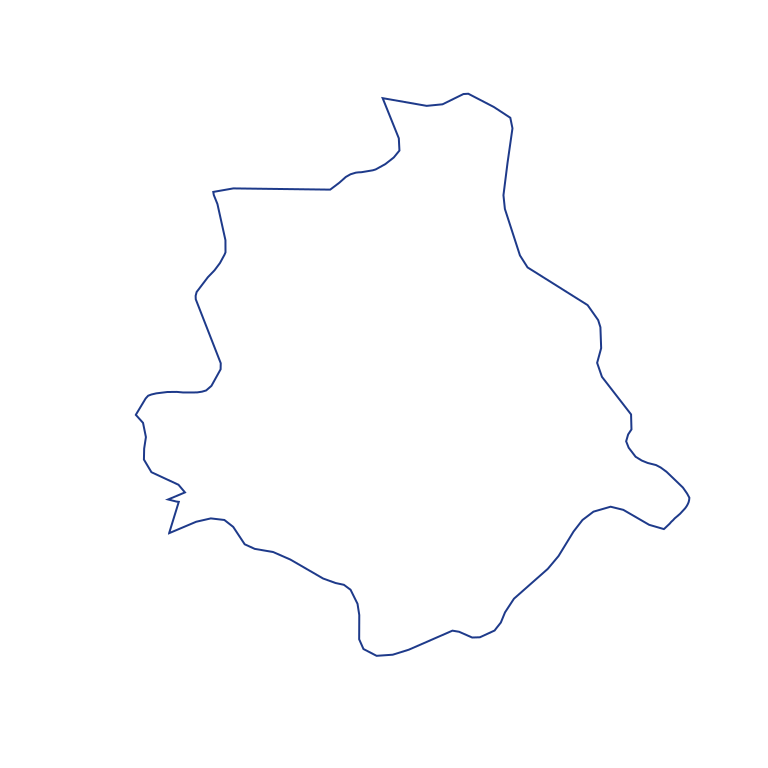 the Department of Chiquimula, rotated 71°
{"feature_id": "GTM-1960", "entity_name": "Chiquimula", "entity_type": "Department", "adm_level": 1, "iso_a3": "GTM", "parent_name": "Guatemala", "parent_adm1": "", "projection": "mercator", "projection_center": [-89.408, 14.682], "detail": "fine", "context": "isolated", "style": "outline", "palette": "blue", "viewbox_px": 768, "rotation_deg": 71, "n_neighbors": 0, "source": "natural_earth", "source_scale": "10m", "svg_char_len": 1797}
<svg xmlns="http://www.w3.org/2000/svg" viewBox="0 0 768 768"><g transform="rotate(71 384 384)"><path d="M455.1,635.7L454.9,635.6L428.6,616.4L427.6,618.5L422.9,625.7L421.7,607.5L412.4,611.1L391.7,632.6L377.3,635.6L367.0,631.8L356.7,626.4L342.3,624.5L332.4,628.7L332.0,628.3L320.1,614.1L319.1,612.3L318.3,610.8L318.2,607.4L318.7,602.4L321.0,591.6L324.0,582.5L326.7,576.5L331.1,563.5L332.0,558.6L332.2,554.3L329.6,547.8L316.9,533.7L311.2,531.6L242.6,534.4L239.3,533.4L236.0,531.2L225.7,515.8L221.3,507.2L216.2,499.7L209.8,492.7L207.9,491.0L196.4,487.1L159.6,482.9L149.9,483.4L146.8,482.9L150.0,462.8L182.7,371.6L179.1,360.6L175.8,352.7L174.8,347.4L175.0,341.8L175.6,339.1L176.4,336.4L178.3,325.0L178.4,322.0L176.5,311.1L173.0,301.0L168.3,293.4L156.5,290.0L113.3,292.2L134.9,253.1L138.6,237.6L135.7,214.5L137.0,209.8L157.8,190.0L173.4,177.9L184.1,179.3L215.1,195.2L244.4,209.6L257.8,212.7L306.7,213.6L320.5,210.3L375.7,165.8L393.3,160.7L400.8,160.9L420.8,167.0L433.4,175.6L448.2,175.6L493.2,160.3L507.5,164.8L511.2,169.6L517.0,173.7L523.9,173.4L534.7,169.8L540.3,165.2L544.5,160.4L549.2,153.2L553.0,149.6L559.1,145.4L579.2,135.1L586.2,133.1L591.0,132.3L593.3,133.4L595.1,134.6L596.7,136.1L598.2,137.8L599.6,139.8L603.1,146.3L605.7,152.9L606.9,155.1L607.8,157.2L609.1,159.4L612.0,165.8L612.3,166.6L603.5,179.1L580.9,198.7L573.8,209.7L572.9,227.5L577.2,240.6L585.2,252.8L603.5,275.0L612.1,289.3L629.3,331.0L639.3,343.9L647.6,351.2L651.5,357.3L653.1,359.7L654.7,375.8L652.4,383.2L642.7,393.7L639.5,399.6L643.3,447.1L642.8,463.9L638.6,479.5L627.9,489.7L617.3,490.6L594.4,482.6L583.2,480.6L567.7,482.6L560.8,487.3L556.4,494.6L548.1,504.9L519.5,529.7L506.8,543.5L497.8,559.9L490.2,567.9L470.0,573.1L460.6,579.2L454.7,591.5L453.1,606.4L455.1,635.7Z" fill="none" stroke="#1e3a8a" stroke-width="2"/></g></svg>